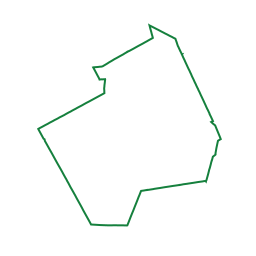 the district of Lenauheim, Timis, Romania, rotated 346°
{"feature_id": "2599482B52113038505236", "entity_name": "Lenauheim", "entity_type": "district", "adm_level": 2, "iso_a3": "ROU", "parent_name": "Romania", "parent_adm1": "Timis", "projection": "orthographic", "projection_center": [20.789, 45.889], "detail": "fine", "context": "isolated", "style": "outline", "palette": "green", "viewbox_px": 256, "rotation_deg": 346, "n_neighbors": 0, "source": "geoboundaries", "source_scale": "gbopen_adm2", "svg_char_len": 3847}
<svg xmlns="http://www.w3.org/2000/svg" viewBox="0 0 256 256"><g transform="rotate(346 128 128)"><path d="M191.0,198.1L191.5,197.6L192.4,196.0L193.2,194.6L194.5,192.3L195.9,189.7L196.6,188.3L197.8,186.4L199.6,183.1L200.2,181.9L201.4,179.8L201.5,179.8L202.2,178.6L203.4,176.4L203.6,176.3L206.3,175.1L206.7,174.5L206.7,173.9L209.0,168.7L211.4,163.8L212.1,162.4L212.2,162.2L212.3,162.1L215.3,161.2L215.0,158.8L214.3,154.1L213.7,150.1L213.5,148.7L213.2,146.6L212.4,145.5L211.6,144.5L210.2,142.3L212.1,141.9L211.2,137.2L210.5,134.1L210.6,133.7L210.3,132.3L209.8,129.7L209.6,129.1L209.1,126.6L208.8,124.8L208.3,122.2L207.8,119.5L207.7,119.0L207.2,116.5L207.0,115.5L206.6,113.6L206.1,110.7L206.0,110.2L205.5,108.1L205.4,107.1L205.0,105.5L204.5,103.0L204.3,101.7L203.9,100.0L203.6,98.4L203.4,97.2L203.2,96.2L202.8,94.4L202.5,92.9L202.3,91.4L202.1,90.2L201.9,89.5L201.6,87.7L201.5,87.1L201.2,86.0L200.9,84.5L200.7,83.5L200.3,81.4L200.1,80.3L199.7,78.3L199.5,77.2L199.2,75.4L199.0,74.6L198.5,72.1L198.3,70.7L198.1,69.8L198.3,69.6L198.2,69.6L198.1,69.4L198.0,69.2L197.9,68.5L197.4,66.1L197.3,65.6L197.2,65.5L197.2,65.3L197.1,64.6L196.8,63.2L196.7,62.6L196.5,61.4L196.3,60.8L196.2,60.3L196.2,59.9L196.1,59.0L196.0,57.6L196.0,56.7L195.9,56.5L195.9,55.9L195.8,55.5L195.8,55.0L195.7,54.3L195.6,52.9L195.2,52.5L194.2,51.7L192.5,50.1L192.0,49.7L190.9,48.8L189.8,47.8L188.7,46.8L186.8,45.2L185.6,44.1L184.1,42.8L183.2,42.0L181.0,40.0L179.9,39.1L178.1,37.5L176.5,36.1L174.9,34.7L174.1,34.1L173.7,33.7L173.7,34.6L173.7,37.4L173.8,40.2L173.8,43.0L173.9,44.8L173.9,45.6L173.9,46.6L173.7,46.7L171.7,47.2L170.6,47.5L168.4,48.1L167.1,48.5L165.8,48.8L162.6,49.7L161.0,50.1L157.8,50.9L155.2,51.6L153.4,52.1L151.9,52.5L148.8,53.3L147.6,53.6L146.9,53.6L145.9,53.8L145.9,54.0L144.3,54.4L143.7,54.6L142.6,54.9L141.5,55.3L140.8,55.5L140.0,55.7L137.3,56.4L135.5,56.9L132.5,57.7L131.5,57.9L131.0,58.1L128.1,59.0L125.6,59.7L123.9,60.3L122.0,60.9L119.3,61.7L118.4,62.0L117.4,62.0L116.9,62.0L115.4,61.7L114.3,61.6L112.9,61.4L111.2,61.1L110.4,61.0L109.5,60.8L108.9,60.8L109.6,63.5L110.3,66.3L110.5,67.1L111.0,69.2L111.7,71.9L112.0,73.2L112.1,74.1L113.2,74.2L114.1,74.4L114.6,74.5L115.2,74.7L116.0,74.8L116.9,75.0L117.6,75.1L117.6,75.3L117.4,75.8L116.4,78.5L115.8,80.0L115.3,81.4L115.1,82.1L114.5,83.6L114.3,84.5L114.1,85.7L113.5,88.5L96.1,93.0L93.9,93.5L90.9,94.3L89.2,94.8L88.0,95.1L85.5,95.7L83.5,96.2L81.8,96.7L80.1,97.1L78.1,97.6L76.1,98.2L74.6,98.5L72.7,99.0L71.6,99.3L70.5,99.6L69.3,100.0L67.9,100.3L66.7,100.6L65.7,100.8L63.9,101.2L63.1,101.5L60.7,102.1L58.8,102.5L56.7,103.1L53.3,103.9L51.3,104.5L48.3,105.2L45.7,105.9L44.5,106.2L42.4,106.7L40.7,107.2L40.8,107.8L41.5,110.4L43.4,117.7L43.5,118.0L44.3,118.8L44.2,120.4L45.4,124.7L46.8,129.9L47.9,133.8L48.9,137.6L50.0,141.8L51.0,145.5L51.9,148.7L52.1,149.3L52.1,149.5L52.2,149.8L52.7,151.5L52.9,152.3L53.5,154.5L53.8,155.7L54.1,156.9L54.6,158.8L54.8,159.5L55.3,161.4L55.5,161.9L56.1,164.3L56.1,164.5L56.8,166.9L57.4,169.4L58.0,171.9L58.4,173.2L58.7,174.3L59.4,176.8L59.8,178.3L60.0,179.1L60.4,180.4L60.7,181.7L61.3,184.1L62.0,186.7L62.7,189.3L63.4,191.9L64.1,194.6L64.7,197.2L65.4,199.8L66.1,202.4L66.8,205.0L67.5,207.6L68.2,210.2L68.8,212.7L73.3,214.1L77.4,215.4L81.9,216.7L84.7,217.5L88.7,218.5L91.4,219.1L95.8,220.3L96.7,220.5L99.8,221.3L103.0,222.2L103.8,222.3L106.2,219.0L107.1,217.7L108.8,215.3L111.1,212.1L113.2,209.3L113.4,209.0L115.6,205.9L118.0,202.6L120.0,199.8L122.1,196.8L122.4,196.5L124.6,193.4L125.3,192.4L125.5,192.2L128.3,192.5L131.5,192.7L131.5,192.8L133.5,193.0L137.7,193.4L138.7,193.4L143.1,193.8L143.9,193.9L149.1,194.3L154.4,194.8L157.8,195.1L159.6,195.3L162.6,195.6L164.2,195.7L164.2,195.8L165.9,195.9L168.2,196.0L171.7,196.4L172.9,196.5L177.2,196.9L178.2,197.0L181.9,197.3L183.1,197.4L187.6,197.9L188.3,197.9L190.4,198.1L190.7,198.7L191.0,198.1Z" fill="none" stroke="#15803d" stroke-width="2"/></g></svg>